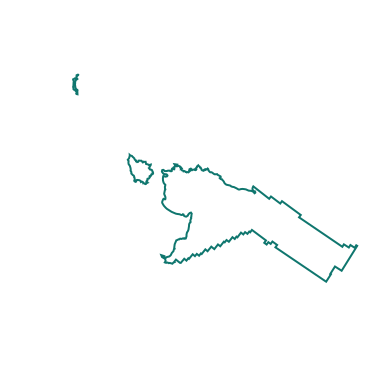 the district of Bethel, Alaska, United States of America, rotated 42°
{"feature_id": "52423323B92128631774297", "entity_name": "Bethel", "entity_type": "district", "adm_level": 2, "iso_a3": "USA", "parent_name": "United States of America", "parent_adm1": "Alaska", "projection": "albers", "projection_center": [-164.344, 60.422], "detail": "fine", "context": "isolated", "style": "outline", "palette": "teal", "viewbox_px": 384, "rotation_deg": 42, "n_neighbors": 0, "source": "geoboundaries", "source_scale": "gbopen_adm2", "svg_char_len": 6111}
<svg xmlns="http://www.w3.org/2000/svg" viewBox="0 0 384 384"><g transform="rotate(42 192 192)"><path d="M351.7,168.9L350.3,160.2L349.6,160.4L348.1,151.7L355.9,150.4L350.8,121.5L349.7,121.7L350.2,124.6L345.2,125.4L345.7,128.3L339.9,129.3L340.4,132.1L288.5,139.2L288.2,136.3L265.0,138.6L265.3,141.5L253.7,142.5L253.9,145.4L233.8,146.8L233.9,147.4L234.4,148.6L234.9,149.3L235.5,149.7L236.1,149.9L237.3,149.9L237.9,149.8L238.4,149.5L238.5,150.0L239.5,150.2L239.5,150.4L239.3,151.1L238.3,150.9L236.9,150.9L236.1,151.2L235.2,151.6L233.1,153.1L230.3,154.0L228.9,154.9L227.5,155.9L226.4,157.1L225.6,158.4L224.9,159.0L222.5,159.5L219.8,160.3L218.4,161.2L217.4,161.6L216.4,161.6L215.8,161.8L212.6,163.6L210.8,163.7L210.1,163.6L209.0,163.1L207.4,162.7L206.7,162.8L205.7,162.5L205.0,163.0L204.6,163.2L203.3,163.1L203.4,161.7L202.8,161.3L199.4,162.1L198.8,161.9L197.1,163.6L196.2,163.9L193.9,164.1L193.2,164.3L192.7,164.9L192.1,165.2L190.1,165.0L189.1,164.4L188.5,164.8L188.3,164.1L187.9,164.1L187.9,164.8L187.6,165.3L187.0,165.8L187.4,166.2L187.3,166.6L186.3,166.9L186.1,167.6L186.5,168.1L186.4,168.5L185.1,169.1L184.3,169.1L183.8,168.7L183.5,168.7L182.2,168.1L181.6,168.5L180.7,168.0L179.8,168.2L178.8,168.0L178.8,168.7L178.6,169.6L179.1,170.3L178.9,170.9L179.1,171.7L179.0,172.3L179.6,171.9L180.0,172.1L180.2,173.0L180.0,173.4L178.8,174.0L178.5,174.0L177.5,175.1L177.5,175.7L176.8,176.3L176.6,175.8L176.2,175.4L175.5,175.4L175.0,176.5L175.5,176.8L175.3,177.8L175.7,178.1L176.4,178.0L176.2,179.8L175.2,180.3L174.9,181.0L174.1,181.0L173.8,181.4L173.2,181.3L172.4,181.5L171.9,182.3L171.4,182.0L170.1,182.6L169.3,182.4L168.9,182.5L168.7,182.2L168.7,181.3L167.7,181.3L167.7,181.6L167.3,181.1L166.9,181.1L166.8,181.5L166.4,181.3L166.2,181.4L165.7,181.1L164.8,181.5L164.2,181.6L163.4,182.1L162.5,182.3L162.4,181.7L160.3,183.1L161.8,183.7L162.2,183.1L162.8,182.8L162.9,182.4L163.7,182.3L163.9,182.5L163.7,182.9L163.2,183.2L162.3,184.7L161.8,186.0L161.8,186.4L162.0,186.8L163.3,186.5L163.6,187.0L162.7,187.6L162.0,187.8L161.7,187.6L161.6,187.8L161.6,188.2L161.9,188.9L162.9,189.8L162.8,190.3L162.4,190.7L161.8,191.1L161.2,191.0L159.8,192.3L159.3,193.2L157.8,194.7L157.4,194.8L156.1,194.6L155.9,194.7L155.3,195.4L155.2,195.6L155.9,196.9L156.2,197.1L158.1,197.5L159.0,197.5L161.3,195.9L162.4,196.0L162.8,196.2L162.9,196.5L162.9,197.2L162.2,198.1L162.0,198.4L161.4,198.7L160.2,199.1L160.0,199.5L161.2,201.3L162.8,202.9L164.7,204.1L165.9,204.4L166.7,204.5L167.2,204.4L168.0,205.3L168.1,205.8L168.5,206.4L169.5,207.4L170.4,207.8L170.6,208.1L170.6,208.4L170.5,208.6L172.4,211.8L173.3,212.5L173.8,212.6L175.7,213.6L176.7,214.7L177.0,215.3L176.8,215.6L175.9,215.7L175.6,215.9L175.4,216.1L175.4,216.3L175.6,217.2L176.3,219.0L176.7,219.6L177.0,219.9L177.6,220.2L180.2,221.0L182.9,221.3L184.7,221.3L190.1,220.4L194.5,218.9L196.0,218.0L197.6,216.9L199.2,216.3L199.7,216.0L200.2,215.4L200.3,215.0L200.2,214.6L200.8,214.4L201.9,215.0L202.3,215.0L203.6,214.6L204.3,214.0L204.7,212.3L204.3,211.3L204.3,210.1L204.4,209.1L205.0,208.0L206.3,208.3L207.0,209.5L208.1,210.9L208.2,211.5L208.9,211.9L209.3,213.1L209.9,214.3L210.4,214.9L210.8,215.0L211.0,215.3L211.2,215.6L211.0,216.5L211.4,217.8L212.7,219.5L214.6,222.4L215.1,223.8L215.4,225.5L216.4,227.3L217.5,228.5L218.5,230.7L217.9,231.6L217.0,231.6L216.7,232.6L216.1,232.8L215.6,233.9L214.4,234.6L214.3,235.6L213.7,236.1L213.1,237.8L212.7,238.4L214.1,242.4L216.0,245.2L217.0,245.7L216.7,246.3L217.8,248.4L217.8,250.8L218.5,253.2L218.3,255.0L216.8,257.3L216.6,258.7L215.5,259.1L214.5,258.1L211.4,259.5L213.3,260.4L216.7,259.7L218.6,260.9L218.9,262.5L220.1,262.0L221.1,260.7L222.4,260.4L222.9,259.6L225.4,258.4L225.4,257.0L225.9,255.9L225.5,255.9L225.3,253.0L230.4,252.7L231.1,252.2L230.9,246.8L233.8,246.7L233.6,243.7L234.5,243.7L234.2,237.8L237.1,237.7L237.0,234.8L239.9,234.6L239.7,231.7L240.7,231.6L240.3,225.7L243.2,225.6L242.9,219.7L246.8,219.5L246.4,213.6L249.3,213.4L248.9,207.6L250.0,207.5L249.8,204.6L252.7,204.3L252.3,198.5L255.2,198.3L254.9,195.4L256.1,195.3L255.6,189.4L258.5,189.2L258.3,186.3L261.2,186.0L261.0,183.1L262.2,183.0L261.9,180.1L279.4,178.5L279.7,181.4L282.6,181.1L282.3,178.2L285.2,177.9L284.9,175.0L290.7,174.4L291.0,177.3L351.7,168.9ZM121.8,206.1L120.9,206.1L121.3,206.5L121.7,207.2L122.6,209.0L122.7,209.8L122.7,211.0L123.2,211.2L124.2,211.4L124.5,212.0L125.4,213.0L126.5,213.8L127.8,214.0L128.4,214.2L130.5,215.5L132.0,216.9L132.1,217.3L133.7,217.8L134.1,218.4L134.6,218.9L135.9,218.9L136.7,219.1L137.5,218.8L138.1,218.9L138.8,219.3L139.2,219.8L139.6,219.8L140.3,220.3L141.4,221.6L141.4,222.1L141.7,222.4L142.3,222.5L143.3,222.2L143.5,221.6L143.3,221.3L142.8,220.4L143.1,219.8L144.6,218.7L145.3,218.4L146.2,218.2L147.4,218.8L147.8,217.8L149.0,217.5L149.7,217.6L150.0,218.1L150.5,217.6L151.4,217.5L152.1,217.3L152.4,216.7L152.2,216.4L152.0,215.9L152.4,215.7L152.7,214.9L151.4,215.2L151.0,214.6L151.3,213.5L150.7,213.2L150.6,212.4L150.1,211.9L150.3,211.6L150.9,210.9L150.9,210.0L150.7,208.9L150.2,209.0L149.9,208.6L150.1,208.0L150.6,207.5L150.4,206.5L150.0,206.2L150.1,205.7L150.5,205.6L150.8,205.0L150.7,204.3L150.1,203.7L149.3,203.6L149.1,203.1L148.3,202.9L147.4,202.5L146.8,202.7L146.2,203.2L145.7,203.4L144.1,203.1L144.3,202.5L143.8,202.1L143.7,201.6L143.5,200.9L143.4,199.9L143.0,199.2L142.7,199.6L142.1,200.8L140.7,201.0L139.2,201.9L137.3,200.6L136.8,201.2L135.7,201.9L135.8,202.7L135.6,203.0L134.3,202.7L133.5,202.6L133.0,203.1L131.7,204.0L131.3,204.5L131.7,205.2L131.8,205.6L131.2,206.5L130.7,206.4L129.9,206.7L129.3,206.0L127.9,206.3L126.6,205.6L125.8,205.6L125.1,205.5L124.5,205.6L123.2,205.4L121.8,206.1ZM28.3,187.8L28.4,188.0L30.3,189.0L30.7,189.8L32.8,192.4L33.3,193.4L34.7,194.4L35.1,194.9L35.6,195.0L36.7,194.6L38.8,194.9L39.8,195.2L40.2,196.4L40.8,196.4L41.5,196.0L39.7,194.2L39.1,193.6L39.1,193.3L38.4,192.8L38.0,193.1L36.9,193.0L35.6,192.5L33.0,190.3L32.3,189.2L31.9,188.9L31.3,188.0L30.8,186.4L30.8,185.9L31.1,185.4L31.2,184.7L30.6,184.6L29.8,185.4L28.9,185.9L28.7,186.5L28.6,187.1L28.7,187.5L28.3,187.8ZM28.7,181.1L28.1,182.4L29.1,183.8L29.2,183.6L29.0,182.7L29.2,181.3L29.0,181.0L28.7,181.1Z" fill="none" stroke="#0f766e" stroke-width="2"/></g></svg>